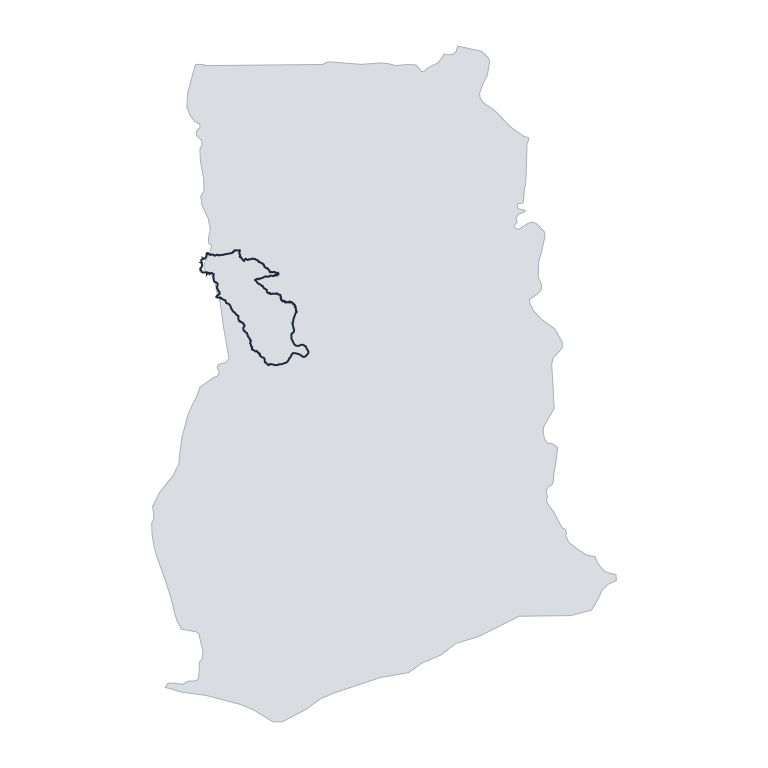 location of Bole, Northern, Ghana
{"feature_id": "2480657B39398526932747", "entity_name": "Bole", "entity_type": "district", "adm_level": 2, "iso_a3": "GHA", "parent_name": "Ghana", "parent_adm1": "Northern", "projection": "orthographic", "projection_center": [-2.328, 8.691], "detail": "fine", "context": "in_parent", "style": "outline", "palette": "slate", "viewbox_px": 768, "rotation_deg": 0, "n_neighbors": 0, "source": "geoboundaries", "source_scale": "gbopen_adm2", "svg_char_len": 8577}
<svg xmlns="http://www.w3.org/2000/svg" viewBox="0 0 768 768"><path d="M481.6,51.3L488.2,57.6L489.7,61.3L487.4,75.0L482.6,84.6L479.6,93.5L480.1,98.0L483.1,102.5L493.2,109.5L498.4,114.0L504.6,120.9L511.6,127.6L523.7,136.3L528.8,137.9L528.6,140.4L527.0,143.8L526.1,176.6L525.3,185.1L524.4,189.4L523.4,201.7L522.2,203.4L519.9,203.3L517.8,203.8L517.3,206.2L518.2,208.7L525.4,210.5L523.9,212.3L518.5,214.1L516.0,217.8L517.1,222.0L514.2,225.4L515.0,227.7L517.0,229.3L520.0,228.7L528.5,223.0L532.0,222.3L536.4,223.5L544.6,232.0L545.0,236.3L541.8,250.7L538.7,261.9L538.2,276.8L541.7,285.2L541.2,289.8L537.6,293.8L529.2,299.6L529.9,303.5L533.7,310.8L540.9,318.9L554.8,328.9L562.2,342.0L562.4,347.3L558.2,352.7L553.3,357.4L551.7,364.1L554.2,408.2L543.4,427.4L543.3,432.8L544.5,439.2L547.4,443.0L553.0,444.0L557.6,447.7L556.1,461.1L553.7,474.8L553.4,481.4L552.0,484.6L547.7,487.2L546.2,491.5L547.3,496.8L546.5,500.8L548.9,505.8L553.9,512.2L562.1,527.9L565.2,529.1L566.6,532.4L565.7,535.6L568.9,542.6L577.9,549.5L587.3,555.5L594.9,556.3L596.8,561.7L601.8,568.7L605.4,571.7L611.2,573.6L616.0,574.6L616.3,580.5L607.7,584.5L602.0,590.6L597.6,599.9L591.6,610.1L570.5,615.6L562.5,615.7L519.3,616.2L478.8,636.4L455.5,643.6L441.2,654.9L421.9,663.0L408.5,672.7L380.5,677.5L334.6,692.8L320.2,698.9L305.7,709.5L282.0,721.9L272.7,721.8L254.2,710.2L240.3,704.4L206.2,695.5L180.8,692.0L168.5,688.2L165.1,687.5L168.0,683.3L175.1,683.1L182.5,684.4L188.2,681.2L196.5,680.8L198.6,677.5L199.3,669.1L199.2,662.3L202.1,659.3L202.9,651.4L198.8,633.7L195.9,631.7L181.1,629.1L180.0,625.6L177.3,621.9L174.5,612.8L171.3,599.3L166.1,582.5L156.2,554.8L153.8,545.0L152.1,535.0L151.7,523.1L153.8,518.7L153.5,512.5L152.6,506.4L159.7,492.3L173.4,475.1L176.3,468.8L178.9,464.5L179.2,458.3L181.7,438.2L188.3,413.9L192.4,404.7L195.2,399.7L198.6,391.6L199.5,387.8L212.1,378.3L217.9,375.7L219.2,372.0L217.2,367.9L218.1,365.1L221.1,363.7L225.8,362.6L229.1,358.7L223.8,328.7L219.6,298.8L219.3,296.2L216.8,292.1L214.2,279.7L210.0,272.5L204.1,270.4L204.1,263.6L210.1,252.1L211.7,245.3L208.8,243.3L208.4,238.1L210.4,229.6L209.4,224.4L208.4,218.8L202.2,205.7L200.7,196.5L203.9,191.1L203.8,179.2L200.4,160.9L199.9,149.3L202.2,144.5L201.1,140.0L196.6,135.6L196.3,131.4L200.1,127.3L199.7,124.0L194.9,121.7L190.6,116.1L186.9,107.2L187.7,92.9L194.8,66.6L195.7,64.4L203.8,64.5L203.8,65.6L228.9,65.4L257.7,65.1L292.0,64.8L323.1,64.4L324.5,63.2L329.7,61.8L361.2,64.4L380.8,62.9L389.2,63.8L395.3,65.6L408.9,64.4L416.2,65.0L421.7,71.6L423.9,71.5L426.9,68.7L432.3,65.5L437.9,63.0L441.8,57.8L444.2,53.9L447.7,54.7L452.9,54.4L456.3,51.1L457.6,46.1L481.6,51.3Z" fill="#d9dde1" stroke="#a8b0b8" stroke-width="1"/><path d="M207.8,253.0L207.5,253.1L207.3,253.3L207.2,253.7L206.8,254.6L206.5,254.0L206.4,254.2L206.5,254.4L206.3,254.5L206.6,254.5L206.7,254.8L206.8,254.8L206.6,255.5L205.6,257.7L205.1,258.3L204.5,258.7L204.1,258.7L203.7,258.5L203.9,258.8L202.3,259.2L201.5,259.8L201.2,260.1L201.2,260.6L200.7,260.7L201.2,260.7L201.4,261.7L201.8,262.4L201.9,263.0L201.6,263.0L201.9,263.2L202.1,265.9L201.8,266.8L200.4,268.3L200.3,268.7L200.4,269.5L200.5,269.4L200.5,269.8L200.7,269.7L201.3,270.4L201.4,271.7L202.6,272.5L206.1,272.3L207.2,272.5L207.5,272.7L206.9,273.3L206.9,273.9L207.3,273.3L208.4,273.0L208.7,273.1L208.6,273.5L208.8,273.5L209.6,273.1L210.1,273.2L210.1,273.5L210.4,273.2L211.9,273.0L212.8,273.6L213.2,274.4L213.7,274.4L213.3,276.9L214.0,281.1L214.7,281.9L216.5,282.6L217.5,283.4L217.7,284.5L217.1,286.6L217.0,288.1L217.5,288.9L218.6,291.2L219.3,291.7L219.3,292.0L219.7,293.0L219.6,293.9L217.2,295.5L216.3,296.9L217.5,297.6L219.0,297.5L220.0,297.5L220.3,297.9L220.4,297.6L220.9,297.7L222.5,299.2L224.6,300.2L225.1,300.4L225.3,300.3L225.6,300.8L225.7,301.6L226.0,302.0L226.1,302.7L227.1,303.4L228.4,303.7L229.8,304.9L230.9,307.1L231.0,308.3L231.4,308.9L232.0,309.4L232.4,310.5L233.5,311.9L234.5,312.3L235.2,313.1L235.8,314.2L236.8,314.8L237.0,315.2L238.4,316.1L238.4,317.2L238.2,318.2L238.7,320.1L239.1,320.9L240.0,321.1L240.3,321.9L240.6,321.8L241.9,322.2L242.5,322.8L243.2,323.8L243.6,323.7L244.6,325.7L244.4,326.3L243.7,327.1L243.5,327.8L243.3,327.9L243.4,329.5L243.8,330.6L244.8,331.2L244.9,331.7L245.2,332.0L245.7,332.4L246.8,332.8L247.3,334.1L247.4,334.7L247.7,335.6L247.9,335.8L248.0,336.6L248.7,337.2L249.6,338.4L249.8,339.6L250.7,340.1L250.9,340.5L250.4,341.6L250.6,342.4L250.1,343.2L250.9,344.5L251.1,346.2L252.1,347.0L252.0,348.8L251.8,349.2L251.9,349.4L253.2,349.8L255.6,351.5L256.9,351.0L257.4,351.5L258.0,352.9L258.4,353.1L259.1,353.1L259.5,353.4L260.1,354.4L260.1,354.9L259.7,355.2L260.6,356.2L262.0,357.3L263.6,357.7L264.4,358.4L264.8,360.5L264.7,361.4L265.0,362.4L265.9,362.6L266.3,363.2L267.3,364.0L267.8,364.7L268.6,365.1L269.3,364.9L269.3,364.5L269.7,364.1L270.8,364.1L273.2,364.5L275.0,365.2L276.5,365.0L277.4,365.1L278.7,364.6L278.8,364.3L281.4,364.2L282.7,363.9L284.1,363.2L286.0,362.8L287.7,361.3L288.9,359.4L289.0,358.8L289.3,358.2L289.9,357.8L291.0,356.4L291.6,354.6L292.9,353.1L295.7,353.3L299.0,354.2L301.5,355.7L302.9,356.8L304.4,356.8L305.7,356.2L306.6,355.0L307.4,354.4L308.3,353.1L308.4,352.1L308.3,351.2L306.3,348.0L306.0,346.6L304.7,346.0L303.8,345.1L302.5,344.8L301.1,344.8L299.7,345.5L298.1,345.9L297.0,345.9L295.4,345.4L294.1,344.0L291.5,338.7L291.4,334.4L291.9,333.4L293.1,332.7L293.8,331.6L294.1,330.0L292.8,325.4L292.7,323.8L292.5,323.7L292.8,323.0L292.9,322.5L292.7,322.3L293.1,322.0L293.5,318.9L295.1,314.6L295.3,313.7L295.7,313.0L296.8,311.9L296.5,311.4L296.0,311.1L295.9,309.5L296.0,309.5L295.8,308.1L295.5,307.4L295.2,307.3L295.5,306.9L295.3,306.6L295.0,306.4L295.0,306.2L294.8,306.0L295.0,305.8L294.8,305.6L294.9,305.3L294.7,304.9L294.4,305.0L293.9,304.2L293.0,303.9L292.9,303.6L293.1,303.6L292.9,303.4L293.1,303.3L292.7,302.9L292.4,302.8L292.2,302.5L291.6,302.3L291.5,302.1L291.3,302.2L291.0,302.0L290.5,301.9L290.1,302.3L289.8,302.1L289.7,302.4L289.4,302.1L288.8,302.2L288.8,301.8L288.6,301.9L287.7,302.3L287.0,302.3L286.6,302.0L286.3,302.3L286.0,302.3L285.7,302.2L285.8,302.0L285.6,302.3L285.5,302.2L285.7,301.9L285.4,301.7L285.2,301.8L285.2,301.4L284.8,301.1L284.2,301.2L283.7,301.3L283.4,301.0L283.3,301.3L283.1,301.4L282.4,301.3L282.4,300.7L282.0,300.4L281.5,299.7L281.2,299.8L281.1,299.6L281.0,299.3L281.2,299.1L280.8,298.5L280.8,298.0L280.9,297.9L280.8,297.7L281.0,297.6L281.0,297.2L280.6,297.2L280.7,296.4L280.5,295.8L280.2,295.4L280.3,294.9L277.7,294.2L277.6,293.7L277.1,293.4L276.7,293.6L276.3,293.5L275.9,293.8L273.7,293.6L270.6,294.1L270.4,294.0L270.2,293.2L269.4,292.8L268.5,293.3L266.9,292.0L267.0,291.4L266.7,290.4L266.7,289.8L264.1,288.4L262.9,286.7L262.9,286.2L261.9,286.0L261.0,285.1L259.9,284.2L258.9,284.0L258.0,283.4L256.9,282.2L255.6,280.3L255.0,280.0L255.1,279.8L255.7,279.7L256.7,279.0L257.6,278.7L258.2,278.8L258.6,279.2L259.0,279.2L260.3,278.4L262.2,278.0L263.7,277.3L264.3,276.8L265.6,276.4L265.7,276.5L266.1,276.4L266.4,276.6L267.2,276.8L268.0,276.6L268.3,276.4L268.7,276.6L269.0,276.4L269.8,276.3L270.0,276.1L270.3,276.1L270.5,275.7L271.0,275.6L271.6,275.6L272.7,276.1L273.4,276.0L273.6,276.1L274.0,275.8L274.4,275.8L274.6,275.2L275.2,275.2L275.3,275.0L275.9,274.9L276.2,275.2L277.0,275.5L277.4,275.2L277.3,274.8L277.8,274.4L277.7,274.2L278.3,274.0L278.2,273.8L278.4,273.7L278.3,273.4L278.2,273.5L277.5,272.9L276.7,273.4L275.8,272.6L275.4,272.6L275.2,272.2L274.6,272.0L274.1,272.1L273.7,271.9L272.4,272.3L271.5,272.0L271.1,272.0L270.6,272.1L270.7,271.9L270.5,271.7L269.6,271.5L269.1,270.2L268.3,269.2L267.9,269.1L267.6,268.4L267.4,268.3L267.0,268.4L266.6,268.0L266.1,268.1L264.7,267.0L264.7,266.8L264.3,266.4L264.0,265.9L264.2,265.7L263.9,265.1L263.9,264.8L263.6,264.4L262.8,264.1L262.7,263.9L262.8,263.8L262.3,263.4L261.4,263.0L260.6,262.8L260.2,262.3L259.3,262.0L258.6,261.3L258.4,261.5L257.8,260.3L256.6,259.9L255.5,259.4L254.9,259.1L254.9,258.9L254.4,258.7L253.8,259.0L252.2,258.6L251.5,259.0L251.0,258.9L250.7,259.2L249.3,259.5L248.6,259.4L248.2,259.8L247.5,259.7L247.3,259.9L246.8,259.6L246.0,258.9L245.4,258.8L244.6,259.6L244.1,260.5L244.1,260.8L243.4,260.5L242.5,259.5L241.5,258.2L241.1,257.3L240.5,257.3L239.8,256.9L239.8,256.4L240.2,255.2L239.2,253.1L239.9,250.4L239.7,250.2L238.7,250.5L234.8,250.3L234.1,251.3L233.6,251.3L233.0,251.7L232.9,252.2L233.0,252.3L231.7,253.1L224.8,254.3L222.6,255.0L221.6,254.8L220.1,255.2L219.0,255.0L218.7,255.4L218.1,255.2L217.5,254.7L216.8,254.9L216.4,254.9L215.6,255.4L214.7,255.6L214.4,255.3L214.2,255.4L213.9,255.1L213.6,255.1L213.4,254.8L212.8,254.8L212.1,254.4L210.6,254.9L210.2,254.6L210.1,254.8L209.6,254.6L209.1,254.0L208.5,253.8L208.2,253.2L207.8,253.0Z" fill="none" stroke="#1e293b" stroke-width="2"/></svg>